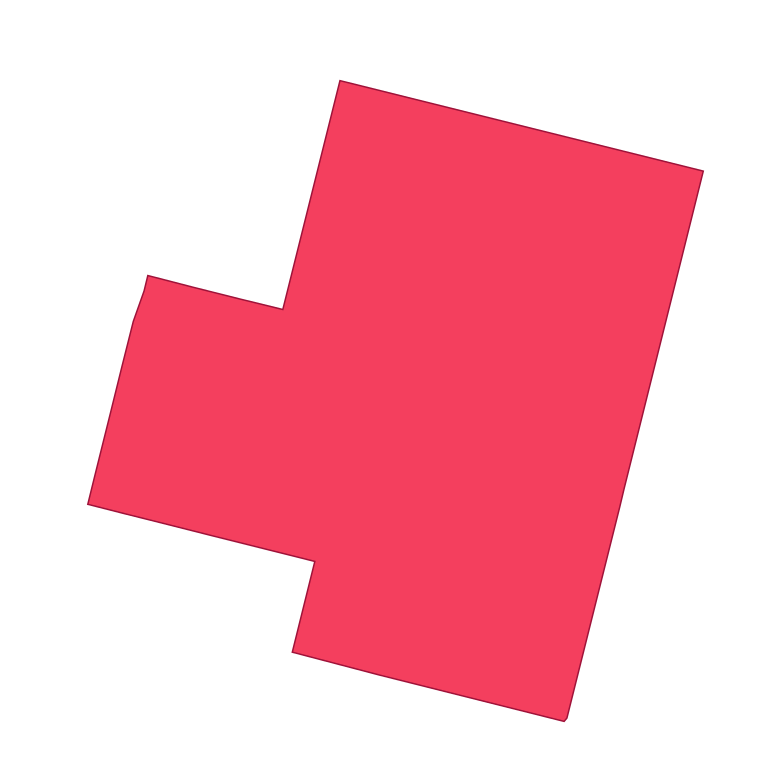 Creek, Oklahoma, United States of America, rotated 194°
{"feature_id": "52423323B90681107174232", "entity_name": "Creek", "entity_type": "district", "adm_level": 2, "iso_a3": "USA", "parent_name": "United States of America", "parent_adm1": "Oklahoma", "projection": "natural_earth1", "projection_center": [-96.229, 35.901], "detail": "fine", "context": "isolated", "style": "filled", "palette": "rose", "viewbox_px": 768, "rotation_deg": 194, "n_neighbors": 0, "source": "geoboundaries", "source_scale": "gbopen_adm2", "svg_char_len": 459}
<svg xmlns="http://www.w3.org/2000/svg" viewBox="0 0 768 768"><g transform="rotate(194 384 384)"><path d="M500.1,667.7L500.2,431.8L544.6,431.6L593.1,431.7L639.4,432.1L639.3,416.2L642.4,384.1L642.5,336.9L642.4,289.7L642.4,242.5L642.4,226.9L642.3,195.6L603.5,195.4L579.9,195.4L514.3,195.2L408.2,195.1L408.1,101.6L318.3,100.5L127.6,100.2L125.7,104.1L125.5,321.3L125.7,340.4L125.7,667.8L500.1,667.7Z" fill="#f43f5e" stroke="#9f1239" stroke-width="1.5"/></g></svg>